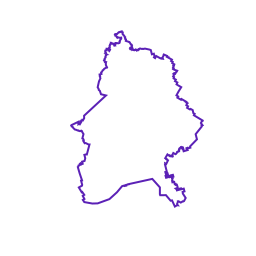 the district of Northern Midlands, Tasmania, Australia, rotated 65°
{"feature_id": "25037944B94548184912338", "entity_name": "Northern Midlands", "entity_type": "district", "adm_level": 2, "iso_a3": "AUS", "parent_name": "Australia", "parent_adm1": "Tasmania", "projection": "albers", "projection_center": [147.154, -41.88], "detail": "fine", "context": "isolated", "style": "outline", "palette": "violet", "viewbox_px": 256, "rotation_deg": 65, "n_neighbors": 0, "source": "geoboundaries", "source_scale": "gbopen_adm2", "svg_char_len": 5647}
<svg xmlns="http://www.w3.org/2000/svg" viewBox="0 0 256 256"><g transform="rotate(65 128 128)"><path d="M153.5,56.7L144.3,62.9L143.4,61.6L142.1,62.5L139.1,61.8L137.3,63.1L137.5,63.4L137.3,64.1L134.7,65.9L133.7,64.4L132.0,65.5L131.0,64.3L130.7,63.6L129.7,64.3L129.5,64.1L128.7,64.6L128.6,64.3L124.3,67.3L124.8,68.0L121.4,70.4L120.6,69.2L118.9,70.3L116.3,66.8L113.5,62.5L109.0,65.6L107.6,64.0L105.4,65.6L104.4,64.2L102.3,65.7L101.3,64.7L100.4,65.3L98.9,63.3L98.1,63.9L97.8,63.0L98.8,62.3L98.3,61.6L98.0,61.8L97.6,60.2L97.2,60.0L97.2,59.6L96.9,59.2L94.9,61.3L93.7,62.2L93.2,61.3L92.4,61.8L91.2,60.3L90.6,60.7L90.2,60.2L90.3,59.5L89.9,59.1L87.9,60.5L87.0,59.5L85.5,60.6L84.6,59.3L81.0,61.9L80.8,61.6L79.9,62.7L79.2,62.1L76.5,64.5L76.9,65.0L77.8,65.6L78.7,67.0L80.0,67.1L79.3,68.2L79.6,67.8L79.5,68.1L78.7,68.6L78.7,69.1L74.7,72.0L76.1,73.9L74.9,74.6L74.3,73.7L71.6,73.2L71.3,75.2L67.0,74.4L66.0,75.4L63.2,79.1L62.9,80.6L62.5,81.0L62.5,81.4L62.1,82.2L61.0,83.5L61.0,84.1L61.4,84.7L61.0,85.2L61.3,85.8L61.7,85.8L61.8,86.1L61.5,86.6L61.5,86.9L61.3,86.8L60.2,87.7L60.5,88.1L60.3,89.0L60.1,89.0L60.1,89.5L59.8,89.7L59.7,90.0L59.1,90.0L59.0,90.9L58.7,90.7L58.4,91.2L57.8,90.8L57.9,92.1L57.6,92.6L57.1,92.7L56.9,91.9L56.5,91.9L56.6,91.7L56.2,91.2L55.8,90.0L55.6,89.9L55.4,90.1L54.8,89.8L54.2,89.9L54.2,89.7L53.7,89.9L53.6,89.7L52.7,90.2L51.4,90.2L50.5,90.8L50.4,90.7L48.2,93.1L47.8,92.7L46.9,92.4L46.6,92.9L45.9,92.9L45.2,92.5L44.8,92.6L44.4,92.2L43.8,92.5L43.4,92.4L42.4,92.6L42.2,92.8L41.9,92.7L40.8,93.2L40.0,92.8L39.5,92.9L39.1,92.4L38.5,92.9L38.0,92.8L37.9,93.4L37.7,93.3L37.4,95.2L37.6,95.4L37.3,96.0L38.2,98.2L37.9,98.8L37.3,100.4L36.9,100.7L37.7,100.3L38.6,100.8L38.5,100.7L38.9,100.6L39.6,99.8L40.4,99.5L41.0,99.8L41.6,99.6L41.7,99.3L41.4,99.2L41.6,99.2L41.5,98.9L42.8,97.3L43.2,96.0L44.0,96.3L44.0,96.5L44.3,96.6L45.2,98.2L45.8,98.6L45.9,99.1L46.6,99.1L47.3,99.8L47.1,101.2L46.5,101.9L46.4,103.3L46.1,103.4L45.8,103.2L45.7,103.4L46.0,103.7L45.9,104.1L46.6,104.6L46.9,104.5L47.1,104.9L47.3,104.9L47.4,105.2L47.7,105.1L47.6,105.5L47.1,105.4L46.7,105.6L46.4,105.2L45.5,105.7L45.3,105.8L45.4,106.1L45.0,106.4L44.9,106.9L44.3,107.1L43.4,106.5L43.9,107.4L43.7,107.6L44.2,107.8L44.6,108.9L45.1,109.0L45.5,109.8L46.1,109.9L46.7,110.5L47.2,110.5L47.3,111.3L47.9,111.6L49.2,111.0L49.8,111.6L49.9,112.0L50.1,112.1L50.2,112.3L49.6,112.3L49.3,113.0L48.2,112.7L47.5,113.1L47.3,113.4L47.1,113.9L47.6,114.1L48.1,114.8L48.2,115.3L48.3,115.3L48.2,115.8L49.2,116.4L50.1,116.4L50.3,116.7L50.5,116.2L51.7,116.3L52.0,116.6L52.4,116.3L52.3,116.8L52.6,117.0L52.5,117.3L53.3,117.6L53.7,118.3L54.6,118.5L55.1,119.6L55.4,120.0L55.9,120.0L56.5,121.2L57.2,121.1L58.1,120.5L58.4,120.5L58.7,120.9L58.9,120.7L58.7,120.4L59.0,120.0L59.8,120.8L60.5,120.9L61.3,121.4L63.5,121.5L64.2,121.3L64.4,121.5L64.1,122.5L64.3,124.5L65.0,125.8L65.0,126.6L66.0,127.7L66.3,128.9L67.8,129.2L67.5,131.1L69.1,131.3L69.1,131.7L71.3,132.0L73.5,134.6L78.3,138.3L79.9,138.1L81.2,138.4L82.4,137.8L86.0,138.2L89.2,134.2L98.3,162.6L100.6,163.6L102.0,165.6L101.3,166.1L102.1,167.1L101.6,167.4L102.3,168.6L103.0,168.2L104.3,170.1L103.7,170.5L104.1,171.1L103.4,170.6L103.5,171.2L103.0,170.9L102.2,171.3L101.4,170.6L101.5,178.1L101.7,178.4L102.4,178.2L102.8,178.4L103.9,177.6L104.8,177.6L106.9,176.8L107.6,175.9L108.7,174.9L109.2,174.1L109.4,174.2L110.4,173.1L110.8,172.2L110.6,171.6L110.7,171.4L111.6,171.0L112.3,171.2L114.7,170.9L117.7,173.4L118.1,173.4L118.3,173.7L119.0,173.2L120.3,173.2L120.8,173.4L120.8,174.0L121.2,174.0L123.5,173.7L123.6,173.0L123.9,172.6L126.3,170.7L126.7,169.9L134.6,176.5L134.2,177.1L133.9,178.9L137.3,179.5L139.5,181.3L139.1,183.8L141.3,184.2L141.2,185.1L140.8,185.1L140.7,185.7L139.9,185.9L140.0,186.3L140.2,186.9L141.0,187.0L140.8,187.3L141.2,188.1L141.1,188.6L141.5,188.8L141.6,189.2L142.3,189.7L142.3,190.0L148.8,191.0L156.1,191.8L155.9,192.8L160.0,193.5L160.8,194.0L161.1,197.7L166.7,197.1L166.6,196.5L170.1,195.9L170.4,197.7L173.9,197.5L174.1,199.3L176.7,198.9L181.4,192.2L183.5,187.3L184.6,174.9L181.6,165.2L178.2,157.9L178.6,155.5L179.1,155.6L179.5,153.9L178.8,153.6L179.3,151.3L179.1,151.3L184.4,127.5L195.3,124.2L201.5,127.1L202.5,127.2L204.9,122.0L211.9,120.1L212.2,118.7L219.0,118.7L218.8,116.9L218.8,116.0L219.1,115.5L218.0,115.7L217.4,115.5L216.2,114.1L215.5,113.8L215.7,113.2L217.9,111.7L217.6,109.4L217.9,109.2L217.9,108.1L215.8,105.3L210.6,106.0L209.0,105.5L209.3,103.6L206.5,103.1L206.0,105.7L205.1,105.5L204.9,106.4L205.2,106.5L205.0,107.6L205.6,107.7L205.2,110.0L204.2,109.8L203.1,110.3L203.3,109.0L203.0,108.7L203.0,108.1L202.7,108.0L200.1,107.7L199.9,108.6L198.9,108.4L198.7,109.4L196.4,108.9L196.0,110.7L195.1,110.5L195.2,110.2L194.4,110.1L194.4,109.8L192.0,109.4L192.2,108.7L191.2,108.5L191.3,107.4L189.4,107.1L189.0,109.1L190.5,109.3L190.2,110.9L189.6,110.8L189.8,110.1L189.1,109.9L188.7,112.7L189.5,112.8L189.2,114.5L187.3,114.2L187.8,111.6L185.8,111.3L185.5,113.1L183.7,112.8L184.0,111.3L176.8,109.9L176.9,109.5L175.8,109.2L176.7,108.5L174.2,105.4L172.7,106.4L172.5,106.1L171.1,107.0L168.6,103.4L170.7,102.3L170.4,101.9L171.8,101.1L171.4,100.5L172.7,99.6L172.5,99.3L171.9,99.4L171.0,99.0L169.8,97.5L171.8,96.1L171.8,95.6L171.1,94.1L170.4,93.6L170.4,92.9L170.8,92.2L170.6,91.4L169.6,91.1L169.5,90.9L169.3,91.1L168.7,90.7L168.2,89.9L168.3,89.8L168.1,89.6L168.2,88.9L168.0,88.6L167.9,88.5L168.2,88.3L168.0,88.0L168.3,87.8L168.3,87.5L168.6,87.5L168.4,87.3L168.7,86.9L168.4,86.8L168.8,86.4L170.7,86.7L170.7,87.1L172.6,87.4L173.2,83.3L171.6,83.4L171.6,83.7L171.0,83.6L171.1,82.4L171.7,82.5L172.2,79.8L170.9,79.5L167.4,70.3L162.2,69.3L157.8,60.5L156.7,60.3L156.9,59.3L154.3,59.8L152.8,57.8L153.5,56.7Z" fill="none" stroke="#5b21b6" stroke-width="2"/></g></svg>